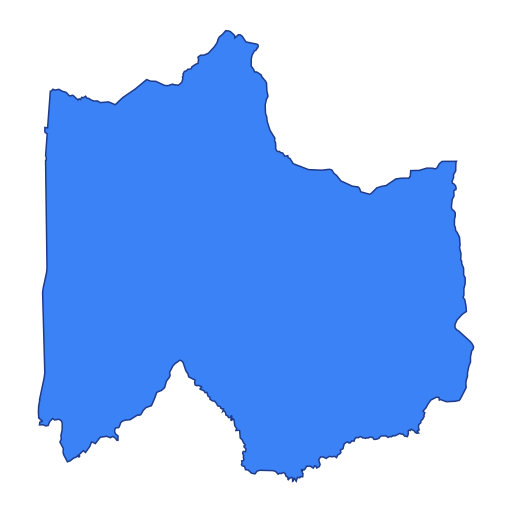 outline of Pailitas, Cesar, Colombia
{"feature_id": "7082276B45441685254380", "entity_name": "Pailitas", "entity_type": "district", "adm_level": 2, "iso_a3": "COL", "parent_name": "Colombia", "parent_adm1": "Cesar", "projection": "natural_earth1", "projection_center": [-73.578, 8.949], "detail": "fine", "context": "isolated", "style": "filled", "palette": "blue", "viewbox_px": 512, "rotation_deg": 0, "n_neighbors": 0, "source": "geoboundaries", "source_scale": "gbopen_adm2", "svg_char_len": 5962}
<svg xmlns="http://www.w3.org/2000/svg" viewBox="0 0 512 512"><path d="M50.3,91.3L47.6,127.9L44.9,127.4L44.8,128.2L45.1,128.8L44.7,130.3L45.1,132.3L47.2,133.9L45.6,155.5L46.4,158.2L46.1,160.4L45.6,160.5L45.6,162.9L47.0,267.6L46.6,272.2L43.1,288.5L42.6,292.5L44.8,373.0L44.1,378.1L39.5,399.8L39.8,399.9L38.7,405.6L38.4,411.3L38.7,418.0L39.3,418.1L40.5,419.9L41.8,420.2L42.3,420.9L42.2,421.4L39.8,422.2L39.5,424.9L43.1,424.8L45.9,425.9L48.1,425.5L49.7,421.6L52.7,418.5L54.7,420.0L58.9,419.2L61.2,420.7L62.2,423.1L62.1,430.3L60.9,435.5L61.3,439.1L59.9,442.0L63.3,448.5L63.1,452.6L63.8,455.0L67.4,461.8L70.0,460.9L74.1,457.8L75.6,457.5L77.6,456.0L78.1,456.5L78.5,456.1L79.0,456.9L79.4,456.6L78.7,455.5L79.5,455.7L79.4,454.4L83.3,450.6L85.5,452.5L89.9,446.3L91.4,442.2L92.1,441.9L95.3,443.6L100.2,437.3L106.7,436.3L110.4,437.7L112.9,436.4L115.4,438.1L116.9,440.3L117.9,440.4L118.1,436.1L115.7,434.0L114.7,432.2L114.7,429.9L115.4,428.4L115.9,427.8L118.1,427.8L119.1,427.1L120.7,422.8L122.1,421.3L124.9,420.2L130.1,419.7L137.4,415.1L139.8,415.1L140.8,414.6L143.3,410.3L146.1,407.5L151.4,405.7L155.0,397.5L156.5,392.9L157.1,392.2L161.5,390.4L164.6,387.7L166.4,381.2L169.1,377.7L170.1,375.5L169.6,372.2L172.9,366.0L174.6,364.0L179.8,360.2L181.4,360.7L183.1,362.5L185.9,370.9L188.0,374.0L188.7,376.9L195.1,380.1L194.6,382.2L195.1,384.9L196.9,385.7L198.5,385.4L201.5,386.7L201.6,387.5L200.2,388.3L200.1,389.2L203.9,390.7L205.1,392.7L206.9,392.4L208.0,396.1L209.9,397.3L210.0,399.3L212.5,400.9L214.6,401.1L216.7,403.7L217.6,405.8L220.5,406.7L220.7,408.0L221.5,408.7L223.5,408.8L222.7,411.5L223.7,410.7L224.5,411.1L225.6,413.0L225.9,415.0L227.6,415.8L228.6,417.6L230.8,417.6L230.8,416.1L231.6,415.9L231.8,417.3L230.8,419.8L231.1,420.3L231.8,420.3L232.9,418.8L234.0,419.8L234.7,425.6L236.7,428.4L235.9,430.5L238.9,430.3L239.7,430.7L240.2,437.9L242.1,439.8L243.8,443.3L245.2,444.5L244.9,445.6L243.9,446.1L244.4,447.5L245.7,448.4L246.0,449.9L245.4,451.8L243.7,451.3L242.9,452.0L242.7,453.5L243.6,455.6L243.3,457.5L244.0,459.5L243.6,460.3L241.7,460.9L242.1,462.6L241.4,464.5L242.2,465.8L244.5,466.4L245.5,469.7L248.1,470.0L251.4,473.1L255.0,473.9L257.1,471.1L259.8,470.3L272.5,470.6L275.5,471.3L278.1,474.2L279.6,473.3L281.0,473.6L283.7,472.5L285.1,473.5L286.0,476.2L288.0,477.4L287.9,479.2L288.3,479.7L289.7,478.2L291.8,477.3L292.5,478.5L292.6,481.3L293.3,480.9L293.9,478.3L294.4,478.3L296.2,481.2L297.4,477.4L299.8,477.8L300.6,476.5L302.7,476.8L303.0,473.6L302.2,472.4L302.4,471.0L301.5,470.6L301.5,469.8L302.0,469.5L303.9,470.0L305.0,469.1L306.6,466.3L310.1,466.1L313.3,468.1L314.7,465.8L315.8,465.9L316.7,468.0L319.3,466.6L320.1,464.5L318.7,459.9L320.5,457.0L323.0,456.9L326.1,458.4L329.1,456.4L332.1,456.8L334.4,456.3L336.6,457.6L337.6,455.1L339.9,453.7L340.9,452.5L340.4,450.1L343.0,448.7L344.2,443.9L346.5,442.2L347.8,442.0L348.8,443.0L350.2,442.9L351.7,441.0L354.2,441.1L354.4,439.7L355.9,437.6L358.3,437.7L359.9,436.7L361.1,436.8L362.7,437.9L364.1,437.8L365.5,438.4L366.7,437.9L368.2,438.0L370.1,437.0L372.7,437.5L374.0,439.4L376.2,439.3L379.0,438.3L379.7,437.1L381.4,435.9L386.2,435.9L388.0,437.4L390.0,436.5L391.5,436.8L393.1,435.5L394.1,435.9L395.3,435.7L399.9,433.4L401.1,434.1L402.8,434.0L404.6,436.1L407.4,436.6L408.3,433.8L408.2,430.8L409.0,430.2L410.3,430.6L411.2,429.2L414.5,431.1L415.2,432.4L416.6,433.2L418.5,433.0L417.4,431.9L417.2,431.1L417.6,430.5L418.6,430.7L419.1,429.8L418.4,427.3L418.8,424.5L420.8,422.8L421.0,420.7L422.6,419.3L424.1,416.4L424.0,414.9L424.8,412.7L423.1,411.4L423.3,410.8L426.0,407.8L428.0,404.0L430.9,400.0L436.4,397.2L439.0,397.5L439.3,400.0L440.3,399.5L446.4,401.7L454.9,401.3L459.2,400.4L460.2,399.2L465.8,388.4L466.2,386.9L465.8,383.6L466.2,380.4L467.5,376.3L467.5,372.6L468.9,366.1L470.5,362.0L470.5,356.7L471.8,350.6L473.0,349.4L473.6,347.0L472.5,344.4L470.6,341.9L458.7,331.0L456.7,329.9L455.0,327.6L455.0,324.6L456.9,320.1L462.4,314.2L466.4,311.4L466.0,306.2L464.7,299.5L463.1,297.5L463.9,295.2L463.9,288.5L465.1,284.0L465.2,279.2L465.1,277.5L463.7,275.1L463.6,268.2L461.8,263.8L461.6,261.0L460.7,259.6L461.0,253.7L459.5,247.6L460.1,245.0L459.5,237.2L457.0,232.2L455.7,230.6L455.3,227.5L454.4,225.0L454.5,219.1L455.2,216.5L455.3,212.9L453.7,210.5L452.1,209.6L451.4,206.8L452.2,199.5L454.0,195.9L453.8,191.6L454.2,190.3L455.9,189.6L456.1,188.3L455.6,185.9L454.0,184.0L452.5,183.2L452.0,181.6L453.6,177.5L453.5,174.8L455.7,170.9L455.9,162.7L456.5,161.3L442.1,161.4L439.4,163.6L436.9,168.0L435.1,168.9L432.6,168.2L426.8,168.1L419.3,170.4L410.7,170.6L410.3,175.9L408.9,178.1L401.4,178.2L395.9,178.9L386.0,185.6L381.3,186.4L376.8,187.9L371.2,193.5L369.7,194.3L360.8,191.8L359.4,188.2L358.0,186.9L352.4,186.2L340.9,180.9L336.6,175.5L333.7,173.1L331.9,170.0L329.5,169.3L321.5,170.2L308.5,169.6L293.2,163.7L290.0,158.5L288.1,157.7L287.8,155.6L284.8,156.3L282.7,153.0L280.5,152.6L279.6,151.5L277.8,151.5L276.7,150.8L275.8,149.1L275.6,142.7L274.6,141.0L274.8,138.1L270.0,130.3L267.2,121.5L266.7,116.8L265.5,113.5L265.2,105.0L266.3,99.7L268.0,96.2L266.9,90.9L266.5,83.0L265.6,81.3L261.8,76.7L261.1,74.8L256.7,72.0L254.5,71.9L253.7,69.5L251.2,66.1L251.3,58.8L252.2,54.8L254.3,51.2L256.5,49.7L256.8,48.2L257.6,48.0L258.2,46.4L258.0,44.9L256.7,44.1L245.9,41.9L242.3,36.3L240.4,34.9L238.4,34.7L234.8,37.9L234.6,35.5L232.9,33.8L230.1,31.4L227.7,30.8L225.7,30.7L222.5,34.4L219.5,36.8L218.1,39.2L217.1,42.6L214.6,46.5L208.4,53.2L204.0,55.1L200.5,55.2L198.0,57.2L198.5,59.9L198.0,63.3L195.4,64.4L191.8,66.9L191.5,68.1L190.6,69.0L187.8,69.3L186.2,70.9L184.4,71.4L183.0,74.1L183.4,75.4L182.4,77.0L182.9,78.3L181.9,82.1L178.5,85.2L173.7,84.7L172.6,84.1L168.2,85.6L164.8,85.5L155.7,81.3L150.8,81.2L146.6,79.6L135.4,88.9L122.7,97.6L115.2,104.7L108.6,101.9L100.3,102.6L97.3,100.9L94.2,101.1L90.7,99.8L88.8,98.4L87.1,98.3L85.5,96.2L83.2,97.8L81.7,97.3L80.5,99.6L79.1,98.8L78.0,100.0L73.3,95.6L72.2,95.2L70.8,95.9L69.2,95.7L66.2,92.4L61.9,91.1L58.9,89.3L55.0,90.1L52.9,89.2L51.1,91.2L50.3,91.3Z" fill="#3b82f6" stroke="#1e3a8a" stroke-width="1.5"/></svg>